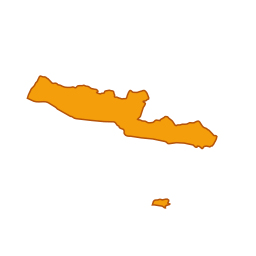 the border of Bengkulu, rotated 331°
{"feature_id": "IDN-1225", "entity_name": "Bengkulu", "entity_type": "Province", "adm_level": 1, "iso_a3": "IDN", "parent_name": "Indonesia", "parent_adm1": "", "projection": "mercator", "projection_center": [102.58, -3.868], "detail": "fine", "context": "isolated", "style": "filled", "palette": "amber", "viewbox_px": 256, "rotation_deg": 331, "n_neighbors": 0, "source": "natural_earth", "source_scale": "10m", "svg_char_len": 3895}
<svg xmlns="http://www.w3.org/2000/svg" viewBox="0 0 256 256"><g transform="rotate(331 128 128)"><path d="M193.2,184.5L192.3,184.2L191.9,184.1L190.7,184.2L190.3,184.1L190.1,183.9L190.0,183.7L189.8,183.4L189.2,183.1L188.4,182.3L187.9,181.9L187.4,181.7L186.7,181.4L186.0,181.2L185.3,181.2L184.7,181.4L184.0,181.8L183.3,182.0L182.8,181.9L182.5,181.4L181.6,179.0L181.3,178.5L180.8,178.1L179.8,177.5L179.0,178.2L178.2,177.9L177.5,176.9L176.8,174.6L175.8,173.6L169.8,168.4L163.2,164.3L156.2,161.6L155.3,160.8L154.6,158.8L153.8,157.7L144.4,149.6L135.1,143.2L126.4,136.5L125.0,135.7L123.5,134.6L122.4,133.2L122.0,131.3L122.2,130.5L123.2,128.8L123.4,127.8L123.1,126.7L121.4,124.8L120.9,123.9L120.7,123.3L120.8,122.8L120.9,122.4L120.9,122.0L120.6,121.4L120.2,120.9L119.9,120.4L119.8,119.7L119.6,117.7L119.3,116.7L118.7,115.8L110.2,110.8L100.1,103.9L87.2,94.7L85.8,93.3L84.4,90.7L83.3,89.9L75.5,77.2L74.9,75.0L70.5,67.1L69.0,65.4L67.0,64.1L62.5,61.8L60.4,60.5L58.6,58.9L54.4,53.2L57.1,50.7L62.1,47.1L63.0,46.7L65.7,45.9L66.9,45.4L69.2,43.8L71.0,43.3L75.4,40.2L76.4,40.0L76.8,40.3L77.2,40.7L77.6,41.2L78.9,42.4L79.9,42.9L80.4,43.4L80.7,43.8L80.8,44.0L81.0,44.7L81.9,46.2L83.3,51.6L83.7,52.3L84.4,52.8L86.1,53.5L86.9,54.2L87.3,54.8L87.7,56.2L89.6,57.9L90.8,59.7L92.5,61.6L94.5,63.0L97.4,64.6L98.2,64.9L99.6,65.3L100.2,65.8L101.3,67.2L101.9,67.4L102.4,67.4L103.5,67.0L104.0,66.9L104.7,66.9L106.4,67.6L107.8,68.4L108.5,68.8L109.8,69.1L110.3,69.4L111.4,70.9L112.9,72.0L113.4,72.5L113.9,73.3L114.7,75.1L115.3,75.9L117.7,78.0L118.7,78.7L119.1,79.2L119.4,79.9L119.6,81.2L119.5,81.4L119.2,81.5L118.3,81.6L117.9,81.7L118.0,82.4L119.7,84.3L120.2,84.7L120.7,84.9L121.2,84.8L121.9,84.9L123.0,85.5L123.8,85.7L124.3,85.7L124.6,85.5L125.1,85.0L125.5,84.7L125.9,84.7L126.6,84.8L129.9,85.9L131.2,87.1L132.1,87.8L132.6,88.3L132.9,88.8L133.0,89.3L132.9,89.8L132.5,90.8L132.3,92.6L132.1,93.1L131.8,93.4L131.5,93.7L131.4,94.0L131.4,94.3L131.5,94.6L131.9,94.9L132.5,95.2L133.2,95.6L133.7,96.2L134.3,97.0L134.8,97.6L135.7,98.4L136.4,99.3L137.0,99.7L137.6,100.0L138.0,100.0L139.6,100.9L140.7,101.3L141.2,101.0L141.7,100.7L143.5,98.9L145.7,97.2L146.9,96.5L147.9,96.2L148.4,96.4L148.7,96.8L149.3,98.5L149.8,99.3L152.8,101.1L153.5,101.4L156.7,102.0L157.6,102.3L159.1,102.5L159.9,102.8L160.4,103.1L160.7,103.5L161.0,104.1L161.1,104.5L161.4,105.9L161.4,107.3L160.8,111.6L160.1,112.6L158.8,112.5L158.2,112.5L157.5,112.7L156.8,112.8L156.0,112.6L154.7,112.1L154.2,112.1L154.0,112.4L154.2,112.9L154.7,113.7L155.0,114.4L155.0,115.1L154.3,115.7L153.2,116.5L152.1,117.0L150.9,117.8L144.5,123.8L143.5,124.2L141.9,124.6L140.6,125.0L140.9,125.7L142.3,126.7L142.9,127.4L143.5,128.3L144.2,129.0L146.1,130.2L146.7,130.9L148.0,133.0L148.7,133.5L149.7,134.1L152.2,135.1L152.8,135.2L153.7,135.1L155.6,134.6L156.6,134.8L157.0,135.1L159.5,137.0L160.4,136.4L161.6,136.3L162.4,136.4L163.4,136.3L164.8,136.3L165.4,136.1L165.9,136.0L166.3,136.1L167.1,136.7L167.4,136.8L167.8,137.2L168.1,137.6L168.5,139.4L169.9,142.6L170.2,143.7L170.5,148.1L171.2,149.3L172.1,149.3L172.5,149.3L173.5,149.7L174.9,150.5L177.3,151.0L179.8,152.4L181.5,153.1L184.6,153.3L187.0,154.9L188.5,155.5L189.3,155.4L191.7,155.6L192.3,155.8L192.9,156.1L193.3,156.7L193.6,157.6L193.9,162.3L194.3,163.7L194.8,164.6L196.4,166.5L197.1,168.4L197.5,168.8L197.8,169.5L199.1,174.4L199.2,175.2L199.4,175.9L199.7,176.4L200.7,177.0L201.2,177.4L201.6,178.5L200.0,180.3L198.3,181.6L196.9,182.4L194.8,183.8L194.0,184.0L193.2,184.5L193.2,184.5ZM128.6,210.8L128.2,211.6L127.5,212.2L126.4,212.8L126.6,213.5L127.3,214.2L127.7,214.8L127.1,215.0L124.6,214.5L124.2,214.3L124.0,214.5L123.6,214.5L123.1,214.5L122.7,214.5L122.5,214.8L122.0,216.0L121.2,215.4L120.5,213.7L119.9,212.8L113.6,207.9L112.0,207.1L114.6,204.6L116.0,204.1L117.5,204.5L119.0,205.3L119.7,205.5L120.7,205.6L121.4,205.9L122.1,206.4L123.1,207.5L126.4,208.5L127.9,209.3L128.6,210.8Z" fill="#f59e0b" stroke="#b45309" stroke-width="1.5"/></g></svg>